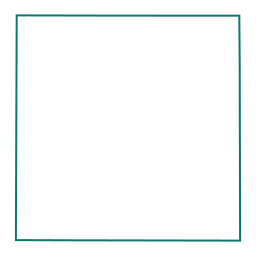 Cuming, Nebraska, United States of America
{"feature_id": "52423323B98097136535369", "entity_name": "Cuming", "entity_type": "district", "adm_level": 2, "iso_a3": "USA", "parent_name": "United States of America", "parent_adm1": "Nebraska", "projection": "orthographic", "projection_center": [-96.807, 41.916], "detail": "fine", "context": "isolated", "style": "outline", "palette": "teal", "viewbox_px": 256, "rotation_deg": 0, "n_neighbors": 0, "source": "geoboundaries", "source_scale": "gbopen_adm2", "svg_char_len": 215}
<svg xmlns="http://www.w3.org/2000/svg" viewBox="0 0 256 256"><path d="M15.9,240.1L70.9,240.3L240.1,240.6L239.7,63.6L239.3,15.7L110.6,15.6L16.7,15.4L15.9,240.1Z" fill="none" stroke="#0f766e" stroke-width="2"/></svg>